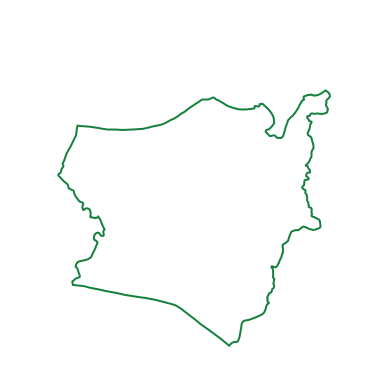 Maha Rat, Phra Nakhon Si Ayutthaya, Thailand, rotated 197°
{"feature_id": "78962969B63768229045772", "entity_name": "Maha Rat", "entity_type": "district", "adm_level": 2, "iso_a3": "THA", "parent_name": "Thailand", "parent_adm1": "Phra Nakhon Si Ayutthaya", "projection": "mercator", "projection_center": [100.519, 14.568], "detail": "fine", "context": "isolated", "style": "outline", "palette": "green", "viewbox_px": 384, "rotation_deg": 197, "n_neighbors": 0, "source": "geoboundaries", "source_scale": "gbopen_adm2", "svg_char_len": 5874}
<svg xmlns="http://www.w3.org/2000/svg" viewBox="0 0 384 384"><g transform="rotate(197 192 192)"><path d="M111.5,55.9L111.3,56.4L110.8,57.5L109.8,59.2L109.0,60.1L108.4,60.5L107.1,61.3L105.5,61.6L105.2,61.8L104.7,62.3L104.5,63.0L104.1,65.8L104.2,67.3L105.3,76.7L105.8,79.5L105.9,80.4L105.8,81.2L105.3,83.1L105.1,83.4L103.7,84.6L100.6,86.1L98.5,87.6L93.2,91.7L89.4,95.2L88.2,97.0L87.9,97.7L87.6,98.9L87.4,101.3L87.5,103.8L87.4,106.3L86.8,107.3L86.1,108.0L86.1,108.5L86.5,108.9L87.6,109.3L88.3,110.3L88.4,110.5L88.2,111.5L89.1,112.5L89.2,114.2L88.6,115.9L88.8,116.9L88.7,117.5L88.3,118.0L87.2,118.9L86.8,120.0L86.7,121.2L86.9,122.7L86.3,123.3L86.0,123.8L85.8,125.2L86.1,126.3L87.2,127.8L87.5,129.1L87.9,133.1L89.1,133.7L89.5,134.1L89.8,134.7L90.1,136.4L91.1,139.5L92.0,141.4L92.4,142.0L93.3,142.9L94.1,143.4L93.8,144.4L93.3,144.4L92.2,144.4L91.6,144.1L90.9,144.3L90.6,144.2L90.3,144.3L89.4,145.1L89.0,146.1L88.7,147.3L88.6,148.3L88.2,149.4L88.3,149.8L88.0,153.2L87.6,155.1L87.5,156.9L87.8,159.0L87.3,160.6L88.2,164.1L89.7,167.1L89.8,167.8L89.5,168.7L88.2,169.9L86.8,171.9L85.8,173.6L86.0,176.8L85.6,181.6L85.4,182.7L85.2,183.2L84.4,183.9L82.0,185.7L81.0,186.2L79.6,186.4L79.1,186.8L78.4,187.5L76.2,190.9L75.7,191.3L74.9,191.5L73.3,191.6L72.3,191.5L70.7,191.1L69.3,191.0L68.4,190.9L66.4,191.1L65.5,191.1L64.6,191.3L63.0,192.2L60.3,194.2L59.4,195.1L59.1,195.9L59.1,196.7L59.6,198.2L60.8,200.6L61.9,202.5L62.6,202.8L66.6,203.4L67.9,203.8L69.4,203.6L70.6,204.0L70.9,204.7L70.7,206.0L71.5,206.8L71.6,207.4L72.1,208.4L72.2,209.6L72.8,211.2L73.7,211.6L75.5,211.7L75.9,211.9L77.6,215.7L79.5,217.7L80.3,220.6L81.0,221.5L81.4,222.9L83.0,223.9L83.5,224.4L83.8,226.2L84.1,226.9L84.4,227.1L85.8,227.2L86.8,227.6L87.7,228.1L88.0,228.5L87.9,229.4L87.0,231.3L86.9,231.9L87.7,235.4L87.7,236.0L87.5,236.4L86.8,236.9L84.8,237.8L84.4,238.1L84.3,238.6L84.5,239.3L84.9,239.6L87.1,240.4L87.5,241.0L87.7,241.5L87.7,243.0L87.3,243.9L86.4,244.6L85.1,245.0L84.9,245.2L84.9,245.6L85.4,246.8L86.1,247.7L87.9,249.0L89.0,250.4L90.3,250.4L90.8,250.6L91.0,250.8L90.0,252.4L89.0,254.8L88.6,256.9L88.6,258.5L88.1,260.1L88.2,261.4L89.2,264.4L89.4,265.6L89.3,267.0L89.1,267.7L88.7,268.5L88.7,269.1L89.3,271.6L89.5,272.1L93.9,279.0L94.3,279.3L95.0,279.6L97.3,280.3L97.9,280.8L98.6,281.9L98.5,283.0L98.1,286.3L98.2,287.8L98.5,290.7L98.4,291.9L98.0,293.2L98.1,293.9L98.3,294.2L98.6,294.3L100.1,294.0L100.8,294.2L101.2,294.6L101.6,295.5L103.2,296.5L103.7,297.0L103.9,297.6L103.8,298.1L103.5,298.4L103.0,298.7L102.2,299.0L101.7,299.3L101.6,299.7L101.4,301.2L101.2,301.6L100.6,302.0L99.7,302.3L98.2,302.5L97.1,302.8L95.2,303.8L94.4,303.8L93.1,304.1L91.2,304.4L90.1,304.7L87.0,306.7L86.0,307.8L86.4,311.4L86.6,311.7L88.4,313.1L89.3,314.4L89.5,315.3L89.4,316.6L90.2,317.9L90.2,318.9L88.3,322.8L88.1,323.7L88.5,324.8L89.6,326.4L91.3,327.3L94.0,328.1L97.4,323.9L99.5,321.9L100.8,320.9L102.2,320.6L103.1,320.0L103.6,319.8L106.4,320.1L107.5,319.2L108.9,319.0L110.0,318.3L113.0,316.0L113.0,315.0L112.0,313.4L111.9,313.0L112.1,312.8L113.0,312.1L113.3,311.6L113.5,310.9L113.8,310.0L113.9,308.9L114.6,306.6L114.9,304.1L116.0,299.5L116.7,297.6L117.5,295.8L118.0,294.3L119.5,292.1L120.5,290.0L121.2,288.3L121.1,286.8L121.4,281.4L121.2,277.0L121.2,272.6L121.3,272.0L121.9,270.5L122.6,269.8L123.4,269.4L126.6,268.7L127.9,269.6L128.7,269.9L129.9,270.2L130.4,270.1L133.5,268.3L133.9,268.3L139.2,271.1L139.1,272.6L139.0,273.1L136.7,274.5L135.0,277.6L133.5,281.8L134.9,285.3L136.1,287.6L138.2,289.8L139.8,291.2L143.0,293.4L145.3,294.7L149.5,296.5L150.4,297.0L153.0,295.7L152.7,293.6L153.5,293.1L155.7,292.9L156.9,292.6L157.0,292.2L156.8,290.4L157.6,289.7L159.5,288.8L161.6,288.0L163.7,286.9L165.1,286.8L166.5,285.9L168.6,285.5L171.3,284.8L173.3,284.6L177.6,284.5L182.1,284.7L184.2,285.0L187.4,285.9L193.3,287.3L196.4,287.7L197.8,288.5L199.2,288.6L199.9,288.3L202.4,286.0L203.2,285.4L209.4,283.3L219.1,271.5L222.4,266.7L225.6,263.3L228.4,259.4L230.7,256.9L233.5,254.5L237.6,250.2L240.2,248.0L243.8,245.8L250.2,242.4L251.3,241.5L257.5,238.0L266.5,234.6L276.3,231.1L284.0,229.2L290.4,227.2L295.2,226.4L298.9,226.0L308.0,224.7L320.9,221.9L320.6,218.9L319.6,213.4L319.5,211.5L320.1,209.1L320.3,207.3L321.5,199.4L323.0,193.1L323.2,192.0L323.5,184.5L324.0,181.6L323.8,180.9L323.2,180.4L322.8,179.9L322.6,179.0L322.8,177.8L323.5,175.6L323.3,172.6L323.4,172.0L323.6,171.5L324.8,170.2L324.9,169.6L324.7,168.9L324.2,168.4L322.6,167.6L318.8,165.4L316.8,164.4L314.1,163.3L313.1,162.7L312.6,162.3L311.6,160.4L310.9,159.5L310.0,159.2L306.4,158.8L305.6,158.5L305.3,158.2L304.2,156.2L302.3,154.1L300.1,152.3L298.8,151.7L298.1,150.7L296.4,150.0L294.1,149.9L293.3,149.7L292.8,149.3L292.5,148.6L292.4,145.5L292.3,145.0L290.7,143.0L290.3,143.1L289.5,144.4L289.1,144.9L287.7,145.7L286.7,145.8L284.6,145.3L283.4,143.5L282.8,142.2L282.3,140.8L282.1,138.8L281.9,138.4L281.5,138.2L281.0,138.2L280.2,138.6L279.6,138.7L278.1,138.5L277.0,138.7L275.7,139.4L275.1,140.2L274.5,141.2L274.4,141.2L273.6,140.3L272.2,139.3L271.7,138.8L268.2,134.4L264.7,130.6L265.0,130.2L265.1,129.7L265.2,128.9L265.2,128.2L264.5,126.4L263.8,125.4L263.8,124.9L264.0,124.3L264.3,124.0L265.0,123.7L265.8,123.7L266.6,123.9L267.2,124.3L268.9,125.6L270.0,125.6L270.7,125.4L271.7,124.4L272.3,123.5L272.6,122.6L272.7,120.9L272.4,119.3L272.0,118.4L271.4,117.8L269.5,117.3L267.9,116.5L267.7,116.2L267.6,115.6L267.5,114.9L268.0,111.7L267.9,110.9L269.4,100.9L269.8,99.7L271.9,97.2L274.8,95.3L279.3,92.9L280.4,92.0L281.0,91.0L281.4,89.9L281.6,87.2L281.4,86.5L281.0,86.2L279.6,85.7L276.6,81.5L275.0,79.5L274.6,78.4L274.6,77.9L274.9,77.5L276.8,76.1L277.8,75.2L278.9,73.6L279.1,73.0L279.8,72.3L280.1,71.7L280.2,71.0L279.1,69.1L278.8,68.3L269.4,70.1L266.5,70.5L262.9,70.5L251.2,71.7L245.1,72.1L234.5,73.4L225.9,74.0L208.6,76.5L206.8,76.9L195.5,78.2L178.2,78.9L174.6,78.8L170.7,77.9L167.3,76.8L149.9,70.2L146.5,68.7L129.5,62.9L120.5,59.6L111.5,55.9Z" fill="none" stroke="#15803d" stroke-width="2"/></g></svg>